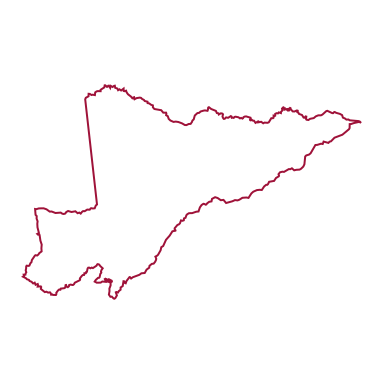 Filandia, Quindío, Colombia (orthographic projection)
{"feature_id": "7082276B59907465773306", "entity_name": "Filandia", "entity_type": "district", "adm_level": 2, "iso_a3": "COL", "parent_name": "Colombia", "parent_adm1": "Quindío", "projection": "orthographic", "projection_center": [-75.673, 4.664], "detail": "fine", "context": "isolated", "style": "outline", "palette": "rose", "viewbox_px": 384, "rotation_deg": 0, "n_neighbors": 0, "source": "geoboundaries", "source_scale": "gbopen_adm2", "svg_char_len": 5920}
<svg xmlns="http://www.w3.org/2000/svg" viewBox="0 0 384 384"><path d="M294.2,170.3L296.3,169.8L299.6,169.6L301.0,168.8L303.3,166.6L304.4,164.3L305.2,156.5L306.3,155.4L309.0,154.6L310.6,153.3L315.4,145.0L317.2,144.9L321.0,143.7L322.7,144.0L323.6,141.6L328.4,142.9L329.5,141.7L331.0,141.3L334.5,137.7L342.4,134.7L349.1,129.1L349.6,128.0L349.7,124.1L351.1,124.0L354.1,123.0L358.6,122.0L360.0,122.2L361.0,122.9L360.0,121.7L358.7,121.1L349.6,120.3L348.5,119.5L346.4,119.6L345.0,118.5L342.9,117.6L342.1,115.1L339.9,113.9L336.1,112.8L334.7,112.0L334.0,112.2L333.2,113.1L332.2,113.1L327.3,110.8L326.3,111.1L322.4,114.6L321.0,115.3L318.4,115.3L315.9,116.3L313.7,118.1L310.1,118.8L308.4,120.0L306.5,119.7L306.0,118.9L306.3,116.6L305.6,116.4L304.5,117.7L303.6,117.6L302.0,115.0L299.0,113.9L298.4,112.7L297.3,112.2L297.2,111.7L297.8,110.9L297.6,110.6L296.7,110.5L294.5,111.5L292.7,111.4L290.8,109.3L290.5,108.1L290.0,107.9L289.6,108.3L289.6,109.8L289.0,110.5L288.4,110.5L288.2,108.9L287.6,109.0L287.2,110.0L286.2,109.1L284.7,109.6L284.7,108.4L283.9,108.6L283.7,107.5L283.3,107.3L282.0,108.6L282.4,110.4L281.0,111.9L280.9,113.1L278.8,112.4L278.0,113.4L276.5,113.2L275.2,113.9L275.2,115.7L274.7,116.0L273.6,115.6L273.5,117.8L273.0,118.2L271.3,118.2L268.8,122.3L267.6,122.8L264.5,122.6L263.2,123.3L261.2,121.8L258.5,122.3L258.7,121.6L258.2,121.3L255.5,122.9L254.0,120.7L252.8,120.6L251.8,119.8L250.8,120.4L250.2,120.2L250.0,119.6L250.7,118.3L250.5,117.7L246.1,116.4L244.6,116.6L243.5,117.2L243.1,118.1L242.4,118.6L241.1,117.9L240.0,118.4L238.5,117.3L235.6,116.7L234.6,116.9L233.7,117.9L232.9,117.6L231.8,117.8L231.5,116.5L230.8,116.1L228.1,117.8L226.1,117.4L224.7,118.8L223.8,118.9L223.3,118.4L222.5,116.6L223.0,114.3L222.4,113.6L220.9,113.3L218.8,114.5L218.4,113.3L216.8,113.0L215.9,110.9L211.2,109.0L208.9,107.2L208.2,107.6L207.9,109.8L207.5,110.8L204.9,110.4L203.3,110.7L200.6,111.5L199.2,112.8L197.4,113.1L194.8,115.5L193.7,119.4L192.4,120.6L192.0,121.9L190.6,123.9L188.7,124.0L186.4,125.1L184.8,125.0L182.1,123.4L178.4,122.0L175.8,121.6L173.5,121.9L170.4,120.5L168.7,118.9L167.8,116.2L166.1,115.2L166.4,113.7L166.1,112.7L163.3,112.7L161.2,110.2L154.4,109.0L152.9,107.3L152.9,105.4L151.1,104.8L149.2,103.4L147.6,103.1L147.5,101.7L144.7,101.0L143.9,99.9L142.0,98.9L141.1,97.9L139.8,97.6L136.6,98.1L134.6,99.2L134.1,97.2L133.5,97.4L133.0,98.4L132.4,98.3L131.0,96.6L128.0,94.3L126.6,92.3L126.1,90.7L124.5,91.2L123.7,91.0L123.6,88.6L121.1,90.5L119.5,89.3L118.1,90.2L117.3,88.5L115.2,87.8L114.8,85.7L114.0,85.9L112.6,87.0L110.8,85.9L110.2,87.9L108.9,85.6L108.1,85.8L107.6,86.7L107.0,86.9L105.3,85.3L104.7,85.3L104.3,87.4L100.6,89.8L100.6,91.2L97.7,91.1L96.6,91.4L95.2,92.4L94.9,95.1L92.7,94.7L91.5,95.0L89.8,93.9L88.6,93.8L88.5,96.3L85.8,97.8L85.2,99.3L97.0,204.5L95.8,205.5L94.7,208.3L92.9,208.5L91.2,208.2L90.7,208.4L89.7,209.7L87.2,209.6L84.7,211.2L83.1,211.1L82.0,211.9L80.7,213.6L79.3,212.6L77.6,213.2L75.4,211.3L71.5,212.0L68.1,211.0L66.3,212.0L65.3,213.5L63.8,214.0L62.3,213.7L60.7,212.6L55.5,213.0L51.6,211.5L49.7,211.6L46.5,209.3L43.6,208.3L38.9,208.4L36.2,209.2L35.1,209.0L35.5,214.2L35.6,214.9L36.7,216.1L36.6,218.6L37.6,221.3L37.3,223.8L37.5,227.4L38.9,232.9L38.8,233.2L37.3,233.9L38.1,234.7L39.4,234.6L39.6,235.1L40.4,240.6L41.7,244.6L41.4,248.2L41.6,251.4L39.2,253.2L38.5,254.4L37.2,255.5L35.5,255.2L34.9,255.6L31.9,260.0L31.4,262.3L30.4,263.2L29.4,265.6L28.6,265.9L26.6,265.7L26.2,266.5L26.1,268.6L25.7,270.3L26.3,272.3L25.6,273.4L25.4,274.7L23.7,274.7L24.0,276.0L23.0,276.7L26.1,278.3L26.8,279.2L28.9,279.9L29.6,281.0L31.6,281.8L33.0,283.4L33.6,283.4L34.7,282.7L35.6,284.8L37.7,284.0L38.1,285.3L37.7,286.6L40.8,286.4L41.2,287.0L40.8,288.9L44.8,292.1L46.4,291.7L48.1,292.6L49.9,292.3L50.4,292.7L51.2,294.7L52.0,294.3L52.9,294.9L55.9,295.0L56.4,294.0L56.3,292.8L57.9,290.6L59.2,289.5L60.4,289.7L60.8,288.6L64.2,288.2L65.2,287.6L65.6,285.1L66.1,285.0L66.6,286.6L67.8,287.2L68.9,286.3L69.2,285.0L70.7,284.6L72.4,285.0L73.2,284.9L74.0,284.2L74.8,282.7L79.8,280.2L80.1,279.5L79.9,278.4L81.8,275.9L82.9,275.0L84.1,274.9L84.4,273.2L85.7,273.3L86.1,272.9L86.1,272.1L86.9,271.8L87.6,268.5L88.2,267.7L89.2,267.6L90.4,268.3L91.7,267.6L92.9,268.1L96.5,265.7L97.2,264.4L97.8,264.1L99.2,264.6L100.2,266.0L102.7,268.3L101.4,270.2L101.0,271.5L101.3,272.6L100.3,274.0L99.6,277.2L99.2,277.7L98.0,277.9L95.8,279.9L94.7,281.6L96.8,282.7L100.7,282.6L102.3,281.5L106.4,281.9L107.6,281.5L109.3,282.1L109.8,281.0L109.2,280.8L107.8,280.4L105.6,280.7L104.8,279.1L105.3,278.8L105.6,279.2L106.2,279.1L106.5,279.8L107.8,279.5L107.8,279.8L108.6,279.8L109.0,279.3L111.7,280.7L111.9,281.6L110.6,282.5L110.6,285.4L109.4,288.6L109.5,291.2L108.9,294.6L110.4,296.8L111.8,296.6L113.6,298.5L114.5,298.7L115.4,298.0L116.9,295.4L115.8,292.3L116.3,292.0L118.0,292.5L118.8,291.1L120.6,289.7L120.6,287.5L122.7,286.1L123.5,281.2L124.2,281.3L125.1,283.1L125.7,283.3L126.5,281.0L129.5,277.1L130.1,277.2L131.1,278.5L132.9,277.2L139.4,274.8L141.4,273.3L144.7,273.0L146.6,269.6L149.2,267.7L149.5,265.8L151.8,263.9L153.7,263.6L155.2,261.7L156.1,259.7L156.2,258.5L155.4,256.6L157.1,255.7L158.1,254.7L160.6,250.3L161.3,247.2L163.2,246.0L166.0,239.8L169.7,235.6L172.4,231.3L175.4,230.7L175.5,230.3L174.6,229.1L174.7,228.2L177.5,224.9L178.7,224.5L179.9,223.4L181.0,220.4L182.5,220.8L183.8,220.3L184.0,218.4L185.5,217.8L186.4,215.2L187.3,214.2L189.0,213.2L192.2,213.1L196.3,211.7L198.5,211.5L199.9,207.4L201.6,205.0L203.4,203.8L204.5,204.0L205.6,204.7L206.3,204.5L207.2,203.3L209.2,201.8L211.5,201.4L212.0,198.9L215.1,197.2L217.6,198.0L220.8,200.2L223.5,199.9L226.1,203.0L232.3,201.3L235.0,200.1L237.6,200.4L239.4,199.7L242.4,197.8L246.4,197.5L248.5,197.9L251.4,193.4L253.3,191.7L256.9,190.1L259.7,189.8L261.8,190.0L264.2,186.4L266.2,184.8L267.3,184.8L268.0,184.1L269.1,181.8L274.1,180.9L276.0,178.0L278.8,176.3L279.0,175.4L278.5,174.2L280.0,172.3L282.4,171.7L284.0,171.9L288.8,169.1L290.3,169.2L291.9,168.3L294.2,170.3Z" fill="none" stroke="#9f1239" stroke-width="2"/></svg>